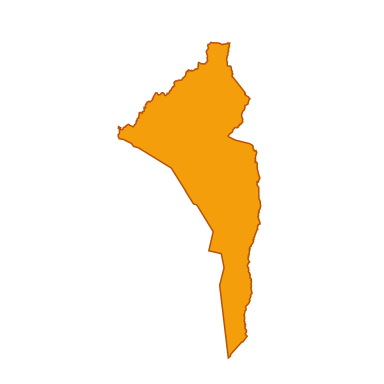 outline of Capayán, Catamarca, Argentina, rotated 13°
{"feature_id": "61730980B90105410435104", "entity_name": "Capayán", "entity_type": "district", "adm_level": 2, "iso_a3": "ARG", "parent_name": "Argentina", "parent_adm1": "Catamarca", "projection": "orthographic", "projection_center": [-65.985, -29.028], "detail": "fine", "context": "isolated", "style": "filled", "palette": "amber", "viewbox_px": 384, "rotation_deg": 13, "n_neighbors": 0, "source": "geoboundaries", "source_scale": "gbopen_adm2", "svg_char_len": 6004}
<svg xmlns="http://www.w3.org/2000/svg" viewBox="0 0 384 384"><g transform="rotate(13 192 192)"><path d="M264.7,345.5L266.4,343.2L266.2,341.5L274.1,327.2L275.2,326.7L278.2,320.1L275.9,318.5L275.8,318.0L276.6,316.3L276.3,316.1L276.3,314.7L275.8,314.0L275.6,314.1L274.7,313.1L274.0,312.7L274.2,312.1L274.0,311.3L274.3,310.7L274.0,310.6L273.7,310.0L273.3,309.7L273.9,308.8L273.1,308.4L272.8,307.2L272.7,307.3L271.7,305.4L271.6,305.1L271.9,304.7L271.5,302.3L271.2,301.5L270.4,300.7L270.4,300.4L270.8,300.0L270.5,299.5L270.5,295.7L271.2,294.7L271.1,294.0L270.1,291.8L270.2,291.3L272.2,288.0L272.7,286.5L272.7,286.0L272.5,285.7L272.9,284.6L272.1,283.9L272.8,281.1L272.5,278.8L273.2,277.4L272.9,277.2L273.1,276.7L272.1,274.9L272.1,274.2L271.0,272.5L271.2,271.7L270.7,270.1L271.0,269.9L270.3,268.6L270.2,266.2L269.4,265.0L269.7,264.8L269.1,263.2L267.8,262.6L267.4,260.9L267.6,260.7L267.1,259.7L267.2,259.2L266.7,259.1L266.1,257.6L265.6,257.7L264.8,256.9L265.0,255.4L264.1,254.0L264.2,253.0L263.0,252.4L262.5,251.6L262.4,250.9L262.9,250.4L262.7,249.6L263.1,248.3L263.4,248.2L263.9,247.4L263.9,247.1L262.6,246.1L261.6,244.2L261.5,243.4L261.9,242.6L261.7,242.1L261.1,241.8L261.3,241.4L261.6,241.3L261.8,239.5L261.5,239.1L261.1,236.9L261.4,236.8L261.4,235.8L260.7,234.9L261.4,234.4L261.3,234.0L260.8,233.6L260.7,232.7L261.1,232.5L261.9,231.5L261.7,230.2L262.5,228.8L263.1,226.4L262.8,225.5L262.3,225.0L262.3,224.7L262.8,224.6L263.0,224.0L262.5,222.9L262.9,222.1L262.9,221.5L263.2,221.1L262.7,219.7L263.1,219.4L263.5,217.8L263.3,217.3L263.7,216.2L263.6,215.9L263.8,214.3L264.5,213.8L263.8,212.3L263.7,210.4L263.9,210.0L263.7,209.2L264.2,209.0L264.9,207.9L265.2,208.0L265.5,207.8L265.1,206.6L261.7,201.0L262.1,200.6L262.2,200.1L261.6,198.8L261.8,197.9L261.5,197.6L261.5,197.0L262.1,196.3L261.2,195.2L262.0,193.7L262.1,190.3L260.5,185.8L258.6,183.1L256.0,172.5L255.5,172.4L254.7,171.1L253.6,170.4L253.4,169.7L253.6,169.4L253.3,168.2L252.9,167.8L253.2,167.3L253.6,167.9L254.4,167.4L254.6,166.6L254.3,165.0L255.1,163.9L254.7,162.6L254.2,162.2L254.3,161.7L253.4,160.8L250.1,154.1L250.0,153.0L249.4,151.4L249.3,149.6L248.3,148.5L247.6,148.2L247.3,149.0L247.0,149.1L246.7,148.3L246.7,147.7L246.5,147.4L246.8,147.0L246.6,145.9L245.9,145.2L246.2,144.6L246.0,144.3L246.1,143.7L245.8,141.6L246.2,141.2L246.1,140.9L246.2,140.4L246.0,139.4L246.2,138.7L245.4,137.7L244.9,137.8L244.8,137.4L244.1,138.0L243.3,137.7L242.7,136.5L242.1,136.4L241.5,135.3L241.4,133.9L240.3,132.9L237.2,131.9L222.7,131.7L215.8,130.1L215.0,129.8L214.5,129.2L215.3,127.9L215.4,127.2L217.6,124.9L218.1,122.1L219.1,119.9L220.0,119.4L221.2,119.4L221.9,119.0L221.8,118.5L222.0,118.2L222.7,118.1L222.6,116.8L223.5,116.3L223.4,115.1L223.7,114.8L224.4,114.8L224.9,114.2L225.1,113.1L225.7,112.4L225.6,111.8L225.0,111.2L225.1,109.6L223.5,107.5L222.8,104.5L223.3,103.5L223.2,101.9L224.1,101.1L224.2,100.4L224.6,99.9L224.4,98.6L224.8,97.9L224.2,96.6L224.2,95.8L226.5,94.1L226.7,93.6L226.7,89.8L227.5,88.2L227.1,87.7L226.2,87.4L225.6,86.7L222.3,85.7L222.2,84.9L221.5,84.9L221.3,84.6L221.1,84.0L221.5,83.6L221.3,83.2L205.8,70.7L205.5,70.9L205.0,70.2L205.0,69.6L204.8,69.3L204.8,68.6L205.3,67.9L204.2,67.0L204.3,66.2L204.1,65.3L203.2,64.8L203.1,64.1L202.8,64.0L202.7,63.1L201.6,60.8L201.2,60.7L201.0,61.0L199.9,60.9L199.0,61.3L198.2,61.1L197.6,59.9L197.3,57.7L195.9,55.4L195.9,53.7L195.7,52.9L195.9,52.6L195.6,52.2L195.7,51.5L196.1,50.9L196.1,50.1L195.6,48.4L196.1,46.4L195.5,46.0L195.6,44.2L195.0,43.2L195.7,42.2L195.7,41.3L195.3,40.8L195.2,38.5L194.8,38.8L194.6,39.4L194.2,39.3L193.6,38.7L193.5,39.2L193.2,39.0L192.7,39.7L192.2,39.6L191.5,40.2L190.6,40.7L189.7,40.6L188.8,41.6L187.1,41.3L186.6,41.0L185.6,41.2L184.7,40.8L178.2,42.0L176.8,41.9L175.9,43.8L175.4,44.3L174.5,44.5L174.4,46.1L175.2,47.2L175.6,48.5L175.1,50.1L174.4,50.8L174.4,52.3L176.4,55.7L176.8,57.6L176.5,58.0L177.5,60.1L177.4,60.6L177.7,60.7L177.1,62.1L176.6,62.6L176.4,63.4L175.4,64.5L173.2,64.6L172.7,65.1L169.4,64.2L169.1,66.1L169.9,67.1L169.5,68.3L169.9,68.8L170.0,69.9L169.6,70.9L168.4,71.1L168.1,71.6L167.5,71.5L166.2,73.2L165.2,73.9L164.2,73.8L164.1,74.0L163.9,73.8L163.7,74.2L161.3,73.8L161.0,74.1L161.1,74.5L160.9,74.3L160.4,74.7L160.3,75.4L159.8,75.9L159.7,76.2L159.4,76.3L159.3,77.6L159.6,78.0L159.6,78.7L159.4,79.4L159.3,80.7L158.3,81.9L158.2,82.6L157.3,83.2L157.0,84.9L155.4,85.9L154.6,85.8L153.4,86.2L152.4,87.3L151.3,87.3L149.9,89.1L150.2,89.5L150.0,90.0L150.5,90.7L151.1,92.6L150.3,93.1L150.3,93.6L149.6,93.8L149.4,94.0L149.4,94.6L149.0,95.2L149.0,95.7L148.6,96.6L148.8,97.0L148.5,97.9L148.2,97.9L148.1,98.4L147.6,98.5L147.1,101.4L145.7,101.4L145.7,102.5L145.2,103.0L144.8,103.9L143.9,104.0L143.4,103.8L142.8,102.4L141.0,101.8L140.0,102.3L139.3,103.9L138.9,104.3L137.7,104.9L137.0,104.9L136.4,104.0L135.7,103.7L135.7,103.4L134.6,103.4L134.3,103.6L133.3,107.2L133.0,107.5L132.9,109.3L132.5,110.1L132.8,110.5L132.4,111.7L132.1,111.9L131.0,113.6L130.2,113.2L129.3,113.9L129.0,113.7L128.8,114.1L127.9,114.7L128.0,116.4L127.5,116.4L127.1,117.8L127.2,119.8L127.7,120.1L127.1,120.3L127.0,121.2L126.4,120.9L127.1,123.4L127.1,124.2L126.8,124.3L126.8,124.6L125.6,124.8L125.5,126.7L123.6,126.1L122.8,126.5L122.8,127.3L123.3,128.1L123.0,128.8L123.3,130.3L123.1,130.7L123.3,131.4L123.1,131.5L123.1,131.8L122.2,132.9L122.2,134.0L122.5,134.8L121.9,135.0L121.7,135.6L121.9,136.1L121.9,138.2L121.6,138.7L121.0,139.2L120.8,140.4L120.2,141.7L116.7,141.1L115.8,140.6L114.7,140.4L113.8,141.2L113.6,141.6L112.8,142.4L112.6,143.5L111.6,143.8L110.9,144.6L110.5,145.4L110.6,146.6L109.7,147.0L108.8,147.1L108.2,146.7L107.9,146.1L108.0,145.3L106.6,145.4L106.1,144.7L105.8,144.7L105.8,146.2L106.0,146.7L107.0,146.5L107.4,147.5L107.8,147.9L107.4,148.6L108.0,150.3L107.9,151.7L107.2,152.6L107.5,154.2L108.8,156.2L109.3,156.5L113.9,156.2L115.9,156.9L122.0,158.3L124.9,160.7L129.9,161.0L166.4,173.3L183.8,190.6L185.3,192.1L185.2,192.3L195.8,202.9L196.7,203.3L199.1,203.5L200.0,203.9L221.6,225.9L221.6,245.5L234.4,245.5L240.3,258.6L239.9,276.6L264.7,345.5Z" fill="#f59e0b" stroke="#b45309" stroke-width="1.5"/></g></svg>